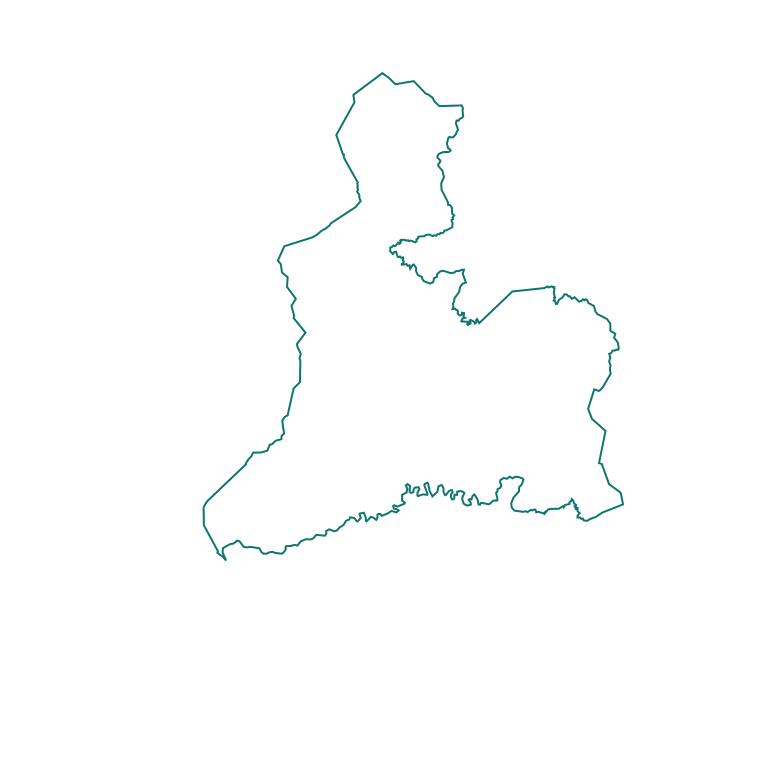 Acatepec, Guerrero, Mexico (orthographic projection), rotated 321°
{"feature_id": "50627088B65715606255874", "entity_name": "Acatepec", "entity_type": "district", "adm_level": 2, "iso_a3": "MEX", "parent_name": "Mexico", "parent_adm1": "Guerrero", "projection": "orthographic", "projection_center": [-98.971, 17.177], "detail": "fine", "context": "isolated", "style": "outline", "palette": "teal", "viewbox_px": 768, "rotation_deg": 321, "n_neighbors": 0, "source": "geoboundaries", "source_scale": "gbopen_adm2", "svg_char_len": 6166}
<svg xmlns="http://www.w3.org/2000/svg" viewBox="0 0 768 768"><g transform="rotate(321 384 384)"><path d="M379.2,221.3L379.2,225.9L374.9,233.2L376.3,240.4L369.7,247.6L369.1,262.3L361.2,265.1L357.1,274.4L355.3,275.9L355.3,294.7L341.5,298.1L339.9,301.3L338.4,308.1L334.3,311.1L333.3,313.7L319.8,329.7L310.9,330.6L289.4,347.7L286.2,347.1L281.8,348.5L275.1,359.7L271.8,359.8L269.5,362.3L264.1,359.9L258.7,360.3L257.1,359.2L251.3,362.4L245.1,359.7L239.2,355.0L235.0,356.8L231.4,357.2L226.6,358.8L226.2,359.5L172.3,363.9L166.3,366.2L155.1,380.4L149.7,409.4L148.3,410.3L150.0,416.8L150.2,421.8L152.6,413.2L155.6,410.2L163.6,411.6L166.9,413.4L171.2,413.2L172.7,415.2L172.5,422.4L174.7,424.8L177.7,426.5L183.7,433.2L183.0,437.3L183.5,440.0L186.1,442.1L188.7,442.5L191.7,444.3L193.2,446.9L197.6,451.4L199.5,451.8L203.5,450.8L204.6,449.0L206.0,448.5L209.7,451.3L213.1,452.6L215.1,455.1L220.4,453.9L225.5,455.4L229.4,458.8L231.7,459.4L236.5,458.6L242.5,464.7L244.9,464.1L246.6,461.8L250.0,462.5L252.7,467.1L255.1,468.2L259.1,467.5L263.8,468.1L268.4,466.4L271.8,467.5L273.9,466.3L276.5,469.5L276.4,473.6L277.4,474.2L281.8,473.4L283.0,469.8L283.8,469.5L287.3,471.4L285.8,476.3L283.8,479.1L284.1,479.8L290.2,479.0L291.6,481.2L292.5,484.7L294.5,483.9L296.9,481.3L297.8,481.4L299.4,482.8L299.2,485.0L304.8,486.8L310.0,487.4L312.8,491.6L315.8,491.5L315.0,489.0L313.2,487.0L314.3,484.6L315.8,484.8L317.1,487.6L324.6,489.9L325.6,489.3L324.6,486.2L328.3,481.5L333.3,482.5L336.2,480.2L337.2,476.5L339.3,476.6L340.0,479.6L336.0,483.9L336.5,485.7L338.7,486.5L341.2,484.3L342.7,484.0L345.9,486.0L345.4,487.9L341.8,489.4L339.9,491.5L339.8,492.5L344.8,494.3L347.9,497.4L348.7,496.7L351.7,487.9L352.8,487.3L355.4,488.0L355.6,489.2L352.1,495.9L350.9,501.8L357.5,501.4L362.1,497.8L365.3,498.8L364.8,502.2L362.2,505.6L361.5,508.8L362.7,509.2L366.8,508.1L369.0,508.5L370.0,509.5L369.2,511.3L366.5,512.1L365.0,513.6L364.2,516.4L365.3,517.3L366.4,517.2L369.2,514.4L371.0,516.2L373.2,513.7L376.5,515.7L377.8,518.3L377.9,519.3L373.7,521.3L372.0,523.3L370.7,527.0L371.4,529.8L373.0,531.4L375.7,532.3L376.7,530.7L377.0,527.2L378.5,527.5L379.3,528.7L382.6,526.6L384.8,526.8L384.1,532.4L381.7,537.1L382.6,538.2L384.3,537.5L385.1,537.8L389.4,543.1L390.4,543.7L395.5,543.4L398.7,545.8L400.2,544.2L402.5,539.2L404.3,539.0L406.2,537.2L408.6,537.8L410.6,537.3L412.0,535.4L412.3,533.2L414.1,531.9L417.8,532.4L420.1,535.1L423.3,535.1L424.6,538.2L427.5,538.6L430.1,541.0L432.3,544.9L432.1,546.2L427.8,548.8L424.2,549.2L421.3,552.4L413.3,553.7L407.9,556.7L405.6,560.1L405.6,564.4L411.6,570.8L414.5,572.5L415.0,573.9L418.8,574.2L419.7,575.6L422.2,576.3L422.5,577.5L421.5,579.5L423.6,580.5L426.6,585.1L428.4,584.9L427.9,585.7L432.3,584.8L434.6,585.7L441.4,591.0L446.0,591.5L446.0,593.0L448.6,592.0L452.7,594.0L453.7,592.6L455.7,592.8L457.5,591.6L457.7,593.8L456.5,596.3L457.2,598.9L456.4,599.5L455.2,599.0L455.0,600.5L456.1,601.7L454.6,601.9L455.6,603.2L454.4,604.5L454.8,607.5L451.7,608.1L450.3,609.6L452.4,611.2L452.4,612.9L453.9,613.8L453.3,615.6L455.8,618.2L458.7,618.5L465.0,620.6L472.7,621.3L494.0,628.0L499.5,617.5L495.9,603.4L502.9,583.3L501.3,580.8L526.6,559.9L523.7,541.9L527.0,531.8L544.0,520.5L546.6,524.6L548.2,524.8L552.5,524.0L566.6,518.7L569.2,514.2L571.6,512.4L573.2,508.1L576.5,505.9L578.0,502.3L579.8,502.9L582.6,501.9L584.5,503.3L586.3,503.5L587.2,504.7L588.7,504.3L591.9,498.8L591.9,492.9L595.4,490.5L593.4,485.2L597.9,479.4L598.2,473.8L593.8,463.9L593.9,460.8L596.2,455.6L593.8,449.4L594.7,446.9L594.2,445.1L592.4,445.0L592.0,443.4L589.9,443.7L587.4,442.8L586.7,436.5L583.6,436.0L583.6,432.6L582.5,432.0L582.3,429.4L580.9,427.9L576.8,429.1L573.0,428.6L569.0,430.7L568.1,430.0L569.2,426.7L568.4,425.9L571.3,424.6L570.9,423.7L571.8,423.5L573.1,420.3L576.7,416.9L576.3,415.6L577.1,415.5L575.6,413.6L572.6,412.4L572.4,411.0L568.9,410.3L542.0,392.9L496.3,396.6L497.2,392.1L495.8,392.3L494.5,394.2L492.7,394.3L493.1,392.1L491.5,388.5L490.6,388.7L489.5,391.4L486.4,391.0L486.3,389.9L488.4,389.3L488.5,388.6L483.5,384.0L486.1,382.5L488.6,383.5L488.0,381.9L490.9,379.3L489.6,377.7L488.1,379.1L486.0,378.5L485.5,375.7L487.0,374.3L487.5,372.7L486.6,371.5L486.7,370.2L484.4,368.9L486.8,367.4L488.1,365.0L490.1,364.3L492.4,361.9L500.3,359.7L504.2,356.5L508.1,355.5L511.5,356.7L514.7,347.6L518.1,345.5L516.1,344.0L513.5,343.6L511.1,341.6L508.7,341.7L505.4,339.5L501.3,333.2L498.4,331.8L494.2,332.2L492.3,334.1L489.5,333.2L486.4,335.8L483.0,335.0L479.8,329.5L479.8,326.8L480.8,324.6L478.9,320.6L480.0,316.3L482.1,313.9L482.3,309.8L481.2,309.5L476.9,310.9L478.5,307.8L476.7,307.0L477.0,305.0L473.0,302.7L473.1,302.0L475.3,302.0L476.6,301.1L476.4,299.7L478.0,298.7L478.4,297.6L476.9,297.2L476.7,295.0L475.3,294.7L474.7,293.7L476.6,288.8L475.3,287.9L472.8,288.7L472.3,284.8L474.8,281.9L476.5,282.5L478.6,282.3L478.9,283.3L480.0,283.9L483.9,283.1L484.0,284.6L485.1,284.9L485.9,283.9L486.8,284.1L487.0,282.7L487.8,282.6L491.1,285.3L491.4,286.6L493.1,287.3L493.3,288.5L495.1,289.4L497.5,293.6L499.2,293.6L500.3,292.0L501.9,292.3L503.4,291.1L508.7,294.7L510.0,294.4L513.1,296.2L515.0,299.7L516.6,299.9L517.7,301.6L520.2,301.4L521.3,302.5L523.1,302.1L523.9,303.3L525.6,303.7L527.4,302.8L529.3,303.9L535.7,305.1L538.3,302.5L539.6,299.1L541.3,299.3L542.0,297.9L544.6,297.2L544.2,294.5L547.7,289.8L547.9,286.6L546.5,285.1L548.1,282.9L550.9,269.4L554.6,264.2L560.8,260.9L563.6,255.3L563.4,248.7L564.5,247.3L566.8,247.0L568.4,245.8L568.1,241.8L568.9,240.6L571.1,239.7L573.8,240.3L576.1,241.1L580.3,244.4L582.7,244.5L583.0,243.1L582.2,241.2L584.2,236.6L589.2,233.1L590.5,233.2L591.3,234.7L593.3,235.8L597.5,235.0L598.7,233.9L601.6,233.0L603.9,226.7L606.2,224.9L607.7,226.3L609.7,225.6L611.9,226.2L613.9,225.9L617.2,220.8L618.9,219.5L619.7,216.4L601.9,202.9L601.0,196.0L601.9,192.3L600.5,186.7L599.2,184.6L597.7,167.3L581.5,158.2L580.4,148.9L578.3,141.4L542.1,140.0L538.3,146.5L503.7,160.4L496.6,179.7L497.2,180.6L495.7,182.0L495.1,183.7L490.4,211.0L489.3,211.4L488.2,213.8L486.9,214.5L486.2,216.5L484.1,217.6L484.0,220.7L483.5,222.2L482.3,223.1L480.9,227.2L473.3,228.6L443.8,225.7L441.5,226.5L437.1,226.5L431.8,225.6L425.6,225.8L420.4,224.9L393.2,214.2L379.2,221.3Z" fill="none" stroke="#0f766e" stroke-width="2"/></g></svg>